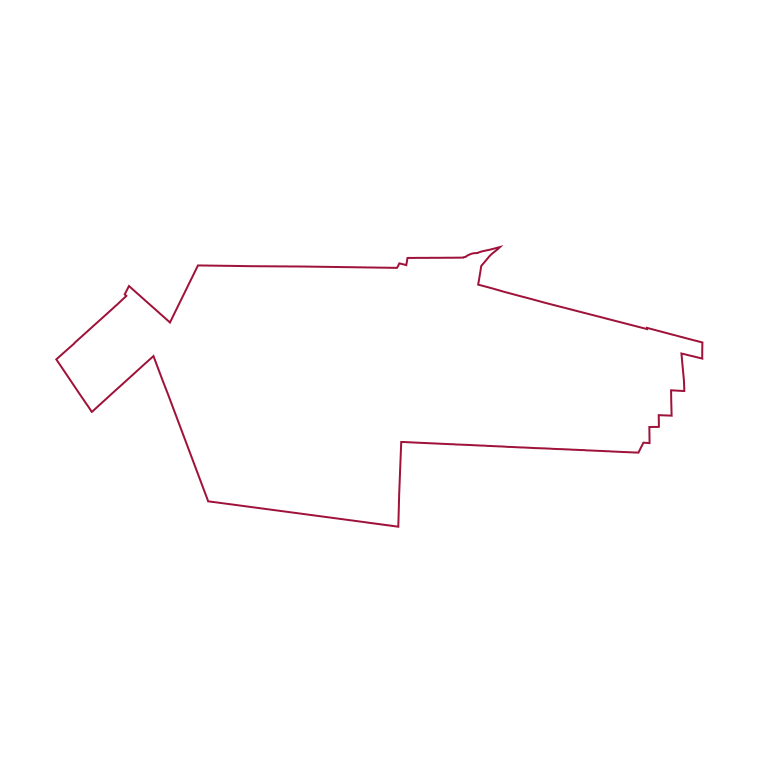 Benito Juárez, Tlaxcala, Mexico (Albers equal-area conic projection), rotated 172°
{"feature_id": "50627088B10674186524860", "entity_name": "Benito Juárez", "entity_type": "district", "adm_level": 2, "iso_a3": "MEX", "parent_name": "Mexico", "parent_adm1": "Tlaxcala", "projection": "albers", "projection_center": [-98.418, 19.596], "detail": "fine", "context": "isolated", "style": "outline", "palette": "rose", "viewbox_px": 768, "rotation_deg": 172, "n_neighbors": 0, "source": "geoboundaries", "source_scale": "gbopen_adm2", "svg_char_len": 2900}
<svg xmlns="http://www.w3.org/2000/svg" viewBox="0 0 768 768"><g transform="rotate(172 384 384)"><path d="M389.7,240.7L384.2,273.4L375.0,324.2L372.0,323.7L370.4,323.4L367.2,322.8L364.2,322.2L330.0,315.8L326.9,315.2L323.8,314.7L320.7,314.0L317.6,313.5L314.5,312.9L308.3,311.8L302.1,310.6L295.8,309.4L292.7,308.9L289.7,308.2L286.5,307.7L283.3,307.0L282.8,307.0L282.6,307.0L279.4,306.3L276.3,305.8L273.3,305.2L270.2,304.5L267.0,304.0L263.9,303.4L260.8,302.8L257.6,302.2L257.4,302.1L254.6,301.7L251.5,301.1L248.4,300.5L245.3,299.9L245.1,299.8L244.8,299.8L242.2,299.3L239.1,298.8L235.9,298.2L232.8,297.7L232.4,297.5L232.2,297.5L229.7,297.1L226.4,296.4L223.2,295.8L220.0,295.2L219.8,295.2L217.3,294.8L214.2,294.2L211.0,293.6L207.7,293.0L207.1,292.8L206.5,292.7L204.5,292.4L201.4,291.8L198.3,291.2L195.0,290.7L193.9,290.4L193.7,290.3L181.1,288.0L180.8,287.9L177.2,287.3L173.9,286.6L170.7,286.1L168.5,285.6L168.2,285.5L167.4,285.4L164.2,284.8L157.8,283.6L155.9,283.2L155.6,283.2L154.5,283.0L151.3,282.4L144.8,281.2L142.9,280.9L141.6,280.6L135.3,289.8L132.0,289.1L129.3,288.5L129.2,288.9L127.2,304.5L118.0,303.3L117.8,302.6L116.3,314.9L103.9,312.7L103.6,312.6L102.1,325.6L100.6,337.8L87.9,335.3L87.6,335.3L87.5,335.8L86.5,345.7L85.8,360.9L85.2,372.8L65.3,364.9L65.3,365.2L64.1,373.5L63.3,378.5L62.9,380.8L78.8,387.4L79.0,387.5L91.6,392.8L115.8,403.0L115.9,401.8L213.7,442.2L222.0,445.8L227.6,448.2L234.3,451.0L237.4,452.3L241.2,453.9L252.5,458.7L264.8,464.2L269.8,466.3L276.9,469.3L276.8,469.6L276.7,470.0L275.3,474.3L275.1,475.0L274.0,478.5L272.7,482.6L271.4,487.0L271.2,487.4L270.8,487.8L267.5,490.7L266.9,491.2L266.5,491.6L266.1,492.0L263.3,494.5L262.0,495.7L260.0,497.2L258.7,498.1L252.6,501.7L250.1,503.5L260.2,502.3L268.5,501.7L270.3,501.4L272.1,501.1L272.9,500.7L275.4,500.9L277.1,501.0L279.8,500.7L282.8,499.8L284.7,499.1L285.4,498.5L286.2,498.5L287.3,498.5L287.7,498.1L294.5,499.0L300.2,499.7L300.5,499.8L304.3,500.3L308.1,500.8L311.9,501.3L314.3,501.6L314.6,501.7L320.6,502.5L325.2,503.1L328.4,503.6L328.6,503.6L342.1,505.4L342.3,505.5L343.2,505.5L345.4,498.6L346.4,499.1L352.0,501.3L353.0,500.0L353.4,499.0L354.2,498.3L355.0,497.2L360.8,498.1L385.3,501.9L447.2,511.5L499.5,519.2L516.7,521.9L551.7,527.3L552.0,526.9L587.4,474.7L589.2,476.9L589.4,477.1L596.4,485.3L597.5,486.7L597.8,487.0L605.8,496.4L606.0,496.6L607.2,498.0L614.3,506.4L614.5,506.6L622.9,516.5L623.7,515.4L628.3,508.8L626.9,507.1L628.1,506.2L631.9,503.6L636.9,500.0L637.2,499.8L638.6,498.9L640.0,498.0L640.2,497.8L657.2,486.3L657.7,486.0L659.6,484.7L661.2,483.6L661.6,483.4L662.6,482.7L668.5,478.7L683.5,468.6L684.1,468.2L684.4,468.0L684.9,467.4L688.0,465.3L691.1,463.3L705.1,454.0L705.0,453.8L694.6,432.5L686.1,415.0L680.3,403.4L680.1,403.1L677.3,397.1L677.2,397.0L653.8,413.0L641.8,421.1L617.4,437.7L608.4,443.7L602.8,418.6L599.4,404.2L574.6,293.1L574.5,292.3L389.7,240.7Z" fill="none" stroke="#9f1239" stroke-width="2"/></g></svg>